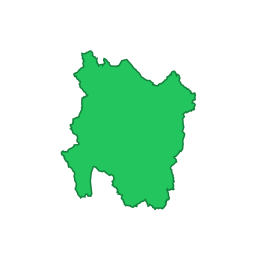 Central Otago District, Otago, New Zealand (Albers equal-area conic projection), rotated 332°
{"feature_id": "76426892B81213624592516", "entity_name": "Central Otago District", "entity_type": "district", "adm_level": 2, "iso_a3": "NZL", "parent_name": "New Zealand", "parent_adm1": "Otago", "projection": "albers", "projection_center": [169.453, -45.131], "detail": "fine", "context": "isolated", "style": "filled", "palette": "green", "viewbox_px": 256, "rotation_deg": 332, "n_neighbors": 0, "source": "geoboundaries", "source_scale": "gbopen_adm2", "svg_char_len": 5825}
<svg xmlns="http://www.w3.org/2000/svg" viewBox="0 0 256 256"><g transform="rotate(332 128 128)"><path d="M122.4,40.5L121.4,42.7L121.5,43.8L120.4,45.1L120.6,46.3L121.0,46.5L121.0,46.8L120.3,47.5L120.3,48.2L120.1,48.0L118.5,49.9L117.7,53.4L116.3,53.1L114.7,53.2L111.6,54.0L110.2,54.9L107.8,55.1L107.4,54.7L105.5,55.0L105.3,55.7L105.5,56.7L105.1,57.3L105.5,57.8L106.6,58.1L106.1,59.5L106.1,60.6L106.8,61.9L107.0,63.7L107.6,64.2L107.6,65.0L106.7,65.8L105.7,66.2L105.5,67.0L105.7,67.8L105.0,69.2L104.9,69.8L105.9,71.8L106.1,75.2L106.5,75.3L106.6,75.8L107.1,76.3L107.0,77.5L107.2,78.2L106.9,79.2L107.7,80.0L106.8,80.5L106.1,80.1L105.5,80.4L103.7,80.4L104.0,80.1L103.8,79.7L102.5,80.7L102.1,80.3L102.1,80.6L100.9,80.8L98.6,85.0L97.9,86.7L98.0,87.4L96.4,88.3L96.6,89.4L90.9,93.7L90.3,94.9L89.4,94.8L89.0,95.2L88.4,95.2L87.3,94.5L86.7,94.8L83.8,94.3L83.0,95.3L82.7,96.7L81.7,97.3L81.5,98.1L80.0,98.6L79.3,98.1L78.4,98.3L78.2,99.3L78.5,100.2L78.2,100.9L78.3,101.2L78.0,101.2L77.7,102.0L76.9,101.9L77.6,103.1L77.1,107.0L79.1,109.8L79.5,111.5L79.0,112.1L79.1,113.1L78.8,113.6L77.4,114.4L77.2,115.3L76.7,115.8L77.5,118.2L77.2,119.1L75.8,119.3L72.6,117.7L71.8,118.6L70.8,119.0L68.8,119.3L66.4,119.0L64.6,119.5L64.0,120.1L62.9,120.6L62.0,119.6L60.3,119.1L60.0,118.0L59.6,117.8L58.0,118.1L57.3,119.2L57.0,120.4L58.2,122.1L58.2,122.5L57.9,123.1L58.2,124.2L57.7,124.4L57.5,125.1L57.7,126.7L57.5,127.8L58.5,128.8L58.9,129.5L58.3,129.9L58.6,130.9L58.3,131.2L58.4,132.2L57.7,132.8L57.8,133.3L57.3,134.6L58.6,135.3L59.4,138.2L59.4,139.4L59.5,139.9L59.2,140.6L59.8,141.5L59.8,141.9L59.6,143.0L57.6,145.5L57.0,148.3L56.4,149.2L56.4,152.6L56.1,153.3L55.1,154.4L54.9,155.3L54.1,156.0L53.3,156.2L52.9,157.1L52.8,157.7L53.1,158.3L52.9,159.0L53.1,159.8L52.9,160.6L53.1,161.7L52.6,163.1L53.1,165.4L53.4,165.9L53.5,167.5L55.1,167.0L57.7,168.6L57.8,168.0L58.2,167.5L60.3,166.8L60.9,167.6L60.8,169.4L63.3,170.7L65.1,169.0L69.7,157.4L74.5,150.2L79.2,145.9L79.9,146.1L81.5,148.0L81.3,148.6L81.7,149.5L82.3,152.3L85.0,154.6L86.7,154.7L87.3,156.0L87.2,156.6L88.6,159.2L88.8,160.0L89.7,161.3L91.1,161.0L92.3,162.8L92.4,164.7L91.5,166.7L90.6,167.4L88.9,167.7L89.0,169.3L88.6,170.1L87.3,170.9L87.3,171.4L88.2,172.4L88.2,173.5L89.7,175.1L89.4,176.1L90.1,176.9L89.7,177.9L89.0,178.6L89.0,179.3L88.7,179.4L88.9,179.6L88.6,179.8L88.9,179.9L88.7,180.1L89.1,180.5L88.9,180.7L89.1,181.2L88.5,181.8L89.0,181.9L89.1,182.4L89.8,182.7L90.4,183.8L91.3,184.2L91.0,185.4L90.1,185.8L89.2,187.0L89.5,188.5L90.0,189.1L89.7,189.6L89.8,190.3L89.4,190.9L89.8,191.5L89.3,192.1L89.5,192.7L89.1,193.7L89.4,194.3L89.5,195.5L91.2,196.0L92.6,197.3L93.5,197.5L93.6,198.4L95.1,200.4L97.8,199.8L98.1,200.1L98.2,200.9L98.6,201.3L99.4,201.1L99.6,199.5L102.8,199.8L105.4,199.3L107.6,199.9L109.7,199.2L109.7,200.4L109.4,201.1L109.9,202.6L109.3,203.9L109.6,204.2L109.6,204.9L109.0,206.5L109.5,206.6L110.5,206.3L111.1,205.7L112.8,208.3L112.6,209.5L112.9,210.3L113.7,210.5L113.7,212.5L115.5,212.0L116.4,212.2L117.0,213.4L118.6,213.4L120.6,215.5L121.2,215.4L121.5,215.0L122.6,214.9L122.8,214.5L123.5,214.5L123.5,214.2L125.2,213.6L125.1,213.4L125.7,213.1L126.1,212.4L126.2,211.8L126.4,211.8L126.2,211.4L126.8,211.0L126.9,210.6L127.3,210.9L128.5,209.9L129.2,210.2L129.3,209.8L129.6,210.2L131.2,209.9L131.6,209.2L131.5,208.5L131.9,207.4L131.7,207.3L132.1,206.8L132.1,206.5L132.9,204.8L133.3,202.6L133.1,201.6L133.9,200.1L134.1,200.1L134.0,200.7L134.8,201.9L135.6,201.9L135.8,202.4L137.6,202.1L137.9,202.9L139.1,203.3L139.2,203.7L139.8,203.6L139.9,203.2L139.6,202.8L140.0,202.0L139.9,201.5L140.9,200.9L141.1,199.8L141.5,199.6L141.4,198.4L141.8,197.7L143.6,196.9L143.7,196.2L143.3,196.0L143.3,195.4L144.9,193.6L144.7,192.4L145.6,191.0L145.5,190.0L145.7,189.6L145.5,188.7L145.7,187.8L146.1,187.6L146.4,185.9L147.0,185.1L146.4,184.5L146.6,183.2L147.6,182.4L149.2,181.7L150.9,181.7L154.1,180.5L154.9,180.8L155.6,178.4L155.5,177.4L155.3,176.9L154.9,175.1L157.2,175.4L161.5,173.8L161.9,173.6L162.3,172.9L162.8,172.6L163.8,173.4L163.9,173.1L166.0,172.5L169.2,167.9L169.9,165.8L171.2,163.9L173.1,162.3L175.0,160.2L175.1,158.6L174.3,156.7L177.6,153.5L178.1,152.0L178.1,151.4L180.3,146.4L180.4,145.5L183.1,144.5L183.1,141.6L186.6,140.9L186.9,141.0L186.9,141.9L191.9,141.9L191.9,142.7L192.1,142.8L193.2,142.0L194.2,142.3L194.5,142.8L195.2,142.6L194.9,142.0L195.6,142.0L195.6,141.0L196.9,140.3L198.2,138.9L198.1,137.5L196.5,135.7L197.4,135.3L197.7,134.4L198.2,134.0L200.0,134.6L200.9,134.2L201.2,132.6L203.0,130.4L202.7,129.7L203.4,128.9L203.0,128.2L202.0,128.2L200.2,127.4L199.8,126.5L200.4,126.3L200.6,124.8L199.7,123.6L199.7,122.1L198.6,121.7L198.7,121.1L198.1,120.3L198.2,119.5L197.1,118.7L196.6,116.4L195.4,114.4L195.7,112.7L195.3,110.3L197.3,108.1L197.3,106.6L197.7,105.6L197.0,104.0L196.2,103.9L195.5,104.4L195.7,102.9L196.0,102.5L195.7,99.8L194.8,99.3L192.9,99.2L191.5,100.2L191.2,101.3L190.2,100.6L188.6,101.5L187.9,101.3L187.4,101.5L186.7,101.2L186.3,101.6L185.8,102.7L184.3,103.2L182.9,103.1L182.0,103.7L179.8,104.1L178.8,104.6L177.2,103.9L176.6,104.1L175.7,103.9L175.4,103.9L174.8,104.7L173.9,104.6L172.4,103.8L171.5,102.1L170.1,101.6L170.6,100.7L171.3,100.2L170.2,98.6L169.7,96.5L166.7,94.7L166.3,93.3L165.6,92.9L165.1,91.3L163.7,89.0L163.6,88.4L163.9,86.9L163.4,84.0L162.5,82.2L162.3,79.9L161.3,78.6L160.7,74.0L159.0,67.0L154.2,65.7L149.1,68.8L147.4,68.4L147.8,68.2L146.4,67.9L141.7,65.0L141.6,62.3L142.0,61.5L141.1,60.0L141.0,58.2L140.1,56.2L139.5,55.5L138.4,56.6L138.0,59.7L137.5,60.1L136.5,60.1L135.4,60.7L135.7,60.1L135.1,59.7L132.9,59.1L131.4,59.4L131.7,58.0L131.3,56.7L131.6,56.0L131.3,55.4L131.8,55.0L131.8,54.2L132.5,53.0L133.4,51.9L132.4,51.6L132.0,51.1L131.9,50.5L132.2,49.8L131.1,48.6L130.8,47.4L130.8,47.0L131.4,46.5L132.0,44.7L131.4,43.5L131.5,42.8L130.7,42.3L129.0,42.1L127.9,42.4L126.9,41.9L125.3,42.3L123.5,41.6L122.4,40.5Z" fill="#22c55e" stroke="#15803d" stroke-width="1.5"/></g></svg>